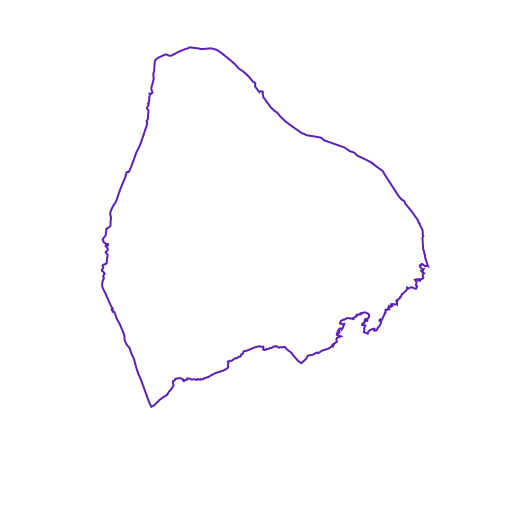 outline of Hebron, West Bank, Palestine, rotated 111°
{"feature_id": "87354302B80979559279056", "entity_name": "Hebron", "entity_type": "district", "adm_level": 2, "iso_a3": "PSE", "parent_name": "Palestine", "parent_adm1": "West Bank", "projection": "equal_earth", "projection_center": [35.111, 31.507], "detail": "fine", "context": "isolated", "style": "outline", "palette": "violet", "viewbox_px": 512, "rotation_deg": 111, "n_neighbors": 0, "source": "geoboundaries", "source_scale": "gbopen_adm2", "svg_char_len": 6089}
<svg xmlns="http://www.w3.org/2000/svg" viewBox="0 0 512 512"><g transform="rotate(111 256 256)"><path d="M281.0,132.4L282.3,132.3L281.8,129.0L285.0,129.2L286.3,128.2L288.4,128.0L288.5,123.9L286.4,124.0L284.2,123.0L281.7,120.1L281.9,119.8L281.6,119.3L283.3,118.9L283.4,118.6L282.0,116.7L279.5,116.6L277.9,115.8L274.0,115.3L272.6,115.7L272.2,117.4L271.5,117.2L271.2,117.6L270.6,117.2L271.4,115.8L268.6,115.4L267.2,115.6L266.0,115.1L264.1,115.4L263.4,114.8L262.6,115.2L262.3,114.9L261.7,115.0L260.8,115.6L259.8,115.6L259.6,114.9L259.4,115.0L258.2,112.8L257.8,113.8L257.1,113.5L257.1,113.3L256.8,113.3L256.7,113.9L255.1,113.8L255.1,111.9L254.4,111.8L253.8,110.9L252.8,112.6L252.3,112.2L251.7,110.6L251.6,109.0L250.5,108.1L250.8,107.0L248.5,107.9L247.4,107.9L247.6,108.9L247.4,109.0L244.0,106.6L242.8,106.8L242.2,106.2L239.3,106.1L238.2,105.2L236.4,104.5L234.4,103.3L233.1,103.2L231.2,103.6L231.6,101.8L229.7,100.2L229.4,99.4L229.5,95.9L229.1,94.8L226.5,94.8L226.4,95.7L225.7,96.4L224.0,96.4L223.0,96.7L221.2,99.1L219.9,97.2L219.5,96.1L220.7,95.9L220.5,94.3L220.2,94.0L218.8,94.3L218.4,93.2L216.9,92.0L215.9,92.2L214.9,93.2L213.4,93.6L211.9,92.8L211.6,94.7L210.7,96.3L210.2,95.6L210.3,94.9L208.2,94.8L208.8,95.9L208.0,98.0L207.1,99.0L206.1,99.6L205.6,98.9L205.3,99.2L204.0,98.4L203.9,97.7L205.0,94.4L203.7,92.7L203.8,91.8L197.2,97.3L194.6,98.6L192.9,100.1L191.6,100.6L191.3,101.1L189.7,102.4L188.5,102.8L187.2,103.6L179.1,107.2L177.1,107.0L176.3,108.1L174.3,108.7L172.6,109.6L171.1,110.8L168.4,114.0L167.5,114.8L166.9,114.9L166.7,115.4L166.7,116.1L164.5,117.8L158.9,126.1L153.6,135.4L152.0,136.8L151.3,138.3L151.2,140.1L148.7,144.7L134.6,164.0L131.4,168.0L127.9,180.6L127.7,180.4L127.3,181.9L126.7,187.8L126.0,197.3L125.6,198.8L124.7,200.1L124.3,201.3L124.5,206.0L123.0,212.4L123.6,233.7L122.4,237.0L122.3,238.4L125.1,252.1L124.8,254.7L124.9,256.3L124.8,257.6L122.2,268.2L119.9,276.4L116.9,283.7L116.2,284.5L114.5,287.8L114.1,289.6L114.1,290.4L111.6,296.3L110.9,296.9L107.5,302.4L106.4,303.7L105.5,305.8L103.8,306.7L102.8,307.6L100.3,308.4L100.1,309.0L100.5,310.8L101.0,311.3L101.8,311.6L98.2,317.5L97.5,317.6L96.6,318.3L95.3,318.3L94.6,319.0L94.5,321.1L91.5,326.2L90.0,329.6L88.3,334.3L87.2,339.0L84.5,344.5L82.7,349.2L78.6,361.8L77.7,366.5L77.9,370.4L78.3,372.5L81.8,379.8L82.5,381.7L82.9,384.4L84.4,390.2L84.8,392.3L85.5,393.3L86.4,393.8L88.2,396.2L92.6,401.0L99.4,406.9L100.1,408.7L100.0,412.3L100.6,413.1L105.2,417.6L106.9,419.0L109.1,420.1L110.7,420.2L119.8,417.4L122.2,417.3L125.6,415.9L127.3,414.9L137.1,413.9L140.6,411.2L142.1,412.0L142.3,413.3L142.5,413.6L143.0,412.9L145.7,412.5L146.2,412.7L146.7,412.2L151.9,410.8L152.2,411.4L152.6,411.5L153.7,410.4L156.8,410.9L157.6,410.3L158.5,408.6L167.1,406.0L169.4,406.4L171.2,405.1L173.4,404.8L190.5,404.1L195.5,404.1L201.9,404.8L217.2,404.5L223.2,404.9L223.5,406.1L224.3,406.9L226.0,406.4L227.7,406.7L228.7,406.2L241.8,406.7L253.4,406.2L256.9,406.5L260.8,407.4L266.3,407.7L268.8,407.3L272.6,404.9L275.1,404.4L279.7,402.7L280.5,402.8L283.7,404.8L284.0,405.4L290.6,403.8L291.5,403.9L295.0,405.2L296.3,404.6L296.3,404.1L297.5,403.5L297.9,402.6L298.3,400.0L297.9,398.3L299.1,398.1L300.0,400.0L300.4,400.1L300.8,399.8L301.3,398.4L302.0,397.3L303.9,396.5L306.1,397.8L306.5,397.6L308.2,394.8L311.2,394.3L316.4,392.8L317.3,393.8L317.7,393.8L318.8,395.5L319.4,395.8L319.9,395.9L321.0,394.7L321.9,394.3L324.6,394.9L325.3,394.2L325.4,393.0L326.0,391.9L326.8,391.3L326.9,390.9L327.9,391.3L329.6,391.4L331.0,390.6L331.1,390.1L335.6,390.1L338.4,389.2L340.3,388.1L345.0,383.1L354.5,373.6L356.5,370.9L357.0,371.6L357.6,371.6L358.2,371.2L358.4,369.9L359.4,369.7L359.0,368.2L364.2,363.7L368.6,358.6L374.5,352.9L377.7,350.2L380.7,349.0L382.7,347.6L385.1,344.9L387.5,340.7L390.5,338.5L396.4,332.6L401.4,329.1L408.4,323.5L412.5,319.3L430.6,303.6L434.3,299.7L431.7,297.5L424.6,294.3L420.3,291.5L417.4,289.1L414.8,288.9L409.9,287.2L406.4,286.6L403.6,288.4L402.6,288.6L401.5,287.4L399.4,287.1L398.4,285.5L398.2,284.6L397.7,284.3L397.0,282.4L397.4,281.2L397.3,279.8L397.6,279.4L398.6,279.2L398.5,278.3L396.6,277.1L396.1,276.1L395.0,276.4L394.8,276.1L394.4,274.4L394.5,272.4L393.0,268.8L393.0,267.0L392.7,266.7L392.3,266.8L391.7,266.3L391.7,264.5L391.6,264.0L390.8,263.8L390.4,261.5L389.7,261.0L388.7,260.7L388.1,259.5L387.1,258.7L386.1,257.1L383.2,254.9L379.5,251.5L374.8,245.6L371.8,243.0L370.2,242.2L369.2,242.3L368.0,243.2L365.3,243.4L364.9,244.4L364.5,244.4L364.0,243.6L363.4,243.2L362.5,241.2L358.9,238.8L358.7,238.6L358.5,237.3L356.4,236.1L355.9,235.0L354.8,234.3L353.4,234.6L352.8,233.9L351.5,233.2L349.4,233.4L348.0,231.0L341.8,224.5L340.1,222.1L339.0,220.1L338.6,217.9L338.0,216.7L339.1,216.1L340.8,215.8L340.7,214.3L339.8,213.1L339.0,213.0L338.3,211.1L337.9,210.6L336.7,209.8L336.2,208.4L334.2,207.2L334.0,206.8L333.9,205.9L333.1,205.3L332.9,204.6L333.3,203.0L333.3,201.5L332.3,200.4L332.0,199.2L330.6,196.5L332.2,193.5L333.7,188.1L334.8,186.8L339.0,178.8L339.8,175.2L336.2,173.4L335.2,173.1L334.6,172.5L330.5,171.9L327.3,167.0L325.2,165.5L324.4,164.7L324.2,163.9L324.5,163.2L320.2,160.0L316.7,155.3L314.9,153.9L313.6,153.3L313.2,152.0L312.4,152.4L312.3,151.9L311.4,151.6L311.2,152.6L307.1,149.7L306.1,150.6L304.3,151.2L303.5,151.1L300.6,148.0L300.8,150.8L300.7,152.3L300.0,152.7L299.1,152.5L299.3,151.8L298.0,150.7L297.2,150.6L296.8,150.9L296.3,151.3L296.3,152.3L296.6,152.6L295.9,152.6L295.0,152.2L294.1,152.1L293.2,151.0L293.4,150.0L293.7,150.2L294.1,149.7L291.6,149.1L290.1,149.4L288.3,149.2L287.8,149.3L288.8,150.6L288.8,151.2L288.5,151.7L288.8,153.5L286.1,153.5L283.6,151.1L283.7,150.7L283.5,150.4L281.3,148.7L280.5,146.1L280.6,145.3L279.8,143.9L280.2,142.7L279.9,142.3L279.1,142.7L278.4,142.6L277.1,141.0L275.6,141.1L275.5,140.5L274.9,140.8L274.5,140.7L274.4,140.4L274.7,140.3L273.8,139.4L273.5,138.0L272.0,138.0L271.8,137.6L272.0,136.7L271.2,136.6L270.4,135.4L269.7,134.2L269.5,133.2L269.8,130.2L270.4,129.5L272.2,128.6L274.5,129.2L275.1,130.2L275.3,130.9L275.6,131.1L275.8,129.1L276.4,128.8L276.9,129.0L276.9,131.4L278.7,131.1L279.8,131.6L279.1,130.8L279.3,130.8L280.2,131.2L281.0,132.4Z" fill="none" stroke="#5b21b6" stroke-width="2"/></g></svg>